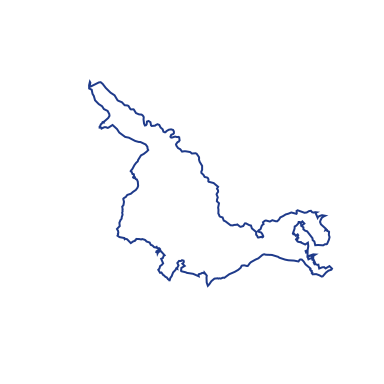 Risca, Cluj, Romania, rotated 229°
{"feature_id": "2599482B15866458666366", "entity_name": "Risca", "entity_type": "district", "adm_level": 2, "iso_a3": "ROU", "parent_name": "Romania", "parent_adm1": "Cluj", "projection": "mercator", "projection_center": [23.11, 46.713], "detail": "fine", "context": "isolated", "style": "outline", "palette": "blue", "viewbox_px": 384, "rotation_deg": 229, "n_neighbors": 0, "source": "geoboundaries", "source_scale": "gbopen_adm2", "svg_char_len": 6028}
<svg xmlns="http://www.w3.org/2000/svg" viewBox="0 0 384 384"><g transform="rotate(229 192 192)"><path d="M94.8,272.8L96.0,271.7L96.6,270.4L97.9,269.4L99.8,269.4L100.8,267.8L101.3,265.1L102.5,263.3L108.9,259.7L109.1,258.5L107.2,257.1L107.0,256.5L111.4,253.5L112.4,250.5L113.6,248.0L114.1,244.8L114.9,242.0L114.1,239.4L114.0,237.1L115.0,236.0L118.0,234.1L118.6,231.4L122.0,229.1L122.5,228.0L122.6,225.7L120.8,224.9L121.0,223.8L120.7,222.3L119.1,219.6L119.0,218.8L119.4,217.4L119.2,216.1L118.7,216.0L116.1,217.6L114.4,217.5L111.9,216.8L111.5,216.2L111.7,215.2L112.6,215.0L114.1,212.2L114.5,211.9L116.1,212.4L117.7,212.4L119.8,214.2L125.2,213.3L128.0,214.5L129.4,213.5L133.0,212.1L133.6,211.3L132.7,208.3L133.8,205.9L134.5,205.5L137.8,204.9L138.1,204.0L139.5,202.2L140.0,200.9L141.6,199.3L147.9,198.0L149.6,197.2L152.7,198.4L155.0,197.0L156.2,197.0L157.3,197.6L158.4,197.7L161.2,200.3L163.1,201.5L165.8,205.0L168.7,204.7L170.0,206.1L171.0,207.9L174.1,209.0L174.5,209.7L175.0,211.8L176.3,212.8L178.1,213.0L178.8,215.1L184.6,214.2L188.8,211.3L189.5,211.4L190.7,212.7L191.9,213.1L193.0,212.9L195.1,211.4L197.4,211.9L200.2,211.6L201.2,212.3L202.1,214.2L205.1,216.8L209.8,217.6L212.0,218.6L213.0,219.7L214.0,220.2L217.8,220.6L218.9,220.1L221.1,217.2L223.4,216.8L226.8,214.0L227.9,212.8L229.0,211.0L232.0,211.2L234.3,210.3L237.2,210.6L238.5,211.2L239.1,213.7L239.0,214.4L238.7,214.9L239.1,216.5L241.7,218.2L242.5,217.9L243.2,216.8L244.9,215.6L246.3,212.4L247.2,211.8L247.9,212.0L248.8,213.9L248.1,215.9L248.3,217.0L249.7,218.1L251.3,218.4L253.0,217.3L254.2,215.4L254.7,212.7L254.5,211.2L255.1,210.5L256.3,210.0L258.6,211.0L261.3,210.6L264.1,211.3L265.8,210.4L266.3,208.5L266.3,207.6L268.3,204.9L269.2,204.8L271.9,206.4L274.1,205.8L274.7,204.2L272.8,202.1L272.6,201.0L273.1,200.1L275.1,200.7L278.8,203.2L279.7,204.3L280.7,204.9L282.3,205.0L283.5,204.7L285.4,202.9L288.3,201.5L292.4,202.2L292.9,202.0L294.4,200.1L295.1,199.9L298.7,200.5L299.7,200.0L301.7,198.1L305.7,198.0L309.3,196.2L310.2,196.0L315.8,197.0L320.4,195.7L327.1,195.2L332.2,195.5L334.8,195.1L335.8,193.6L338.1,184.6L338.6,184.2L339.2,184.5L341.2,187.0L342.1,187.2L340.1,184.4L337.6,182.3L335.0,183.4L331.3,181.3L328.9,180.9L324.8,179.0L319.5,179.3L315.7,180.4L312.4,179.9L308.6,181.5L305.1,180.7L303.6,179.7L302.8,177.3L302.8,171.9L303.2,170.9L302.4,170.8L303.1,169.7L302.8,168.6L302.9,167.6L302.0,165.9L301.9,165.1L301.2,164.5L300.0,165.8L299.2,165.4L298.4,168.4L297.3,169.6L295.8,170.3L295.4,171.1L294.7,176.0L288.7,176.7L284.6,176.1L277.4,177.7L274.4,180.0L267.8,182.6L264.9,184.5L263.5,185.9L258.3,188.2L255.5,188.0L253.7,186.8L252.4,186.5L252.2,184.6L252.4,180.5L253.1,177.5L251.5,172.3L250.7,171.1L250.7,169.1L250.1,166.3L248.5,162.1L248.1,159.6L247.8,159.3L247.0,159.7L244.6,158.9L243.8,159.7L243.3,159.6L242.1,158.7L242.0,157.8L241.6,157.1L240.6,157.4L240.4,158.5L238.7,158.0L237.6,158.6L235.4,157.9L232.0,155.4L231.0,153.7L230.4,151.0L230.8,147.5L230.8,144.7L232.1,141.6L232.2,140.6L231.7,139.1L232.1,136.3L231.9,135.6L229.2,134.2L227.1,131.7L226.7,129.7L224.3,128.2L224.1,127.7L223.0,127.0L222.2,125.7L220.4,124.7L219.1,122.4L218.3,121.7L217.8,120.7L217.8,119.8L216.4,117.0L213.7,115.1L213.3,111.1L211.2,110.7L209.5,109.6L209.1,108.7L208.5,108.4L207.9,107.1L205.5,107.7L201.7,110.7L200.7,110.3L200.7,110.8L198.9,112.0L193.6,112.3L193.3,115.2L192.6,116.8L192.9,117.1L192.7,118.1L193.1,119.2L190.9,121.5L189.5,122.5L189.2,123.5L187.4,124.7L186.3,125.2L184.5,125.2L181.6,126.9L179.2,126.2L177.5,127.1L175.2,127.2L174.0,128.1L173.8,129.3L172.5,128.9L171.0,130.4L170.0,130.4L170.5,126.2L170.0,125.6L169.1,126.3L168.2,125.7L168.8,127.1L168.3,128.4L168.3,129.3L168.8,129.7L162.2,129.8L162.4,128.6L161.3,126.7L161.8,124.9L157.1,123.4L156.8,121.5L157.0,119.3L155.6,117.2L155.4,115.5L151.9,114.9L151.3,116.1L148.1,115.8L147.7,116.1L145.3,116.3L144.1,116.9L141.9,116.7L141.1,117.2L140.3,116.9L140.0,117.2L141.5,119.6L141.7,121.2L143.7,125.0L144.0,128.3L144.7,130.1L143.7,130.5L144.4,130.9L145.5,133.7L148.0,134.3L148.5,137.0L147.2,138.3L147.1,139.7L145.7,140.6L144.6,140.0L144.1,138.7L144.2,137.7L141.0,138.0L141.7,134.2L139.7,132.0L139.0,132.1L135.5,134.6L134.3,135.1L129.6,139.1L124.0,141.8L125.2,142.5L125.5,143.2L124.5,145.3L124.3,146.5L123.5,147.4L122.7,147.8L123.2,148.5L119.2,148.3L117.9,146.8L114.0,143.7L110.8,142.4L111.0,144.4L112.0,148.1L111.9,152.1L110.0,154.8L109.4,155.0L108.9,156.0L107.8,156.9L107.0,159.3L106.0,160.1L105.5,166.2L103.7,171.8L102.9,175.9L102.9,179.0L103.7,180.9L103.7,181.4L102.4,183.3L100.0,185.0L99.6,185.7L100.3,188.8L100.4,190.4L99.3,195.7L98.4,198.5L98.3,204.0L97.7,205.6L96.2,206.6L92.1,211.0L86.5,214.5L85.1,214.8L79.9,217.9L77.3,219.9L73.3,224.0L69.7,226.8L70.2,228.7L70.1,229.4L69.0,230.5L66.4,230.7L62.9,230.2L56.5,231.2L55.9,230.2L54.1,230.6L54.0,230.1L52.3,230.0L52.2,229.2L50.7,229.1L48.5,231.9L45.8,233.4L43.1,234.4L42.6,235.3L43.3,240.4L43.1,243.4L41.9,246.2L42.3,247.4L45.9,247.1L46.7,242.7L48.6,242.4L49.7,240.9L50.8,237.8L54.1,239.6L54.2,239.2L56.2,238.0L56.8,238.0L57.1,237.1L58.7,237.5L58.4,238.6L59.4,238.9L59.8,239.0L59.9,238.6L61.3,238.8L61.3,239.4L61.9,239.5L62.1,238.6L62.9,239.0L62.6,240.1L62.8,240.3L63.0,239.3L64.3,237.6L64.8,235.7L67.4,236.8L65.9,240.2L64.5,240.0L63.8,244.2L65.4,242.6L67.6,236.9L70.9,239.9L71.4,238.4L72.9,239.0L72.3,241.2L74.8,244.2L77.7,246.2L78.1,243.0L82.4,241.1L82.8,241.3L83.8,240.1L85.3,239.2L88.0,239.4L88.3,240.8L87.5,241.0L87.8,241.4L87.7,242.2L89.4,242.6L89.7,243.8L90.7,243.9L90.9,241.6L93.6,241.7L93.7,240.8L94.5,240.9L97.0,245.3L98.6,246.9L98.2,248.6L98.5,251.5L99.4,252.8L98.6,253.7L96.7,253.3L97.3,254.3L97.4,256.0L94.5,256.1L94.7,252.3L92.2,252.9L90.8,251.6L88.6,252.0L86.8,253.1L78.1,252.6L76.5,251.5L74.4,251.9L71.0,250.1L69.3,252.4L65.7,256.0L65.3,258.2L64.4,259.1L64.2,259.9L66.2,264.1L67.7,266.2L69.9,267.2L72.0,269.3L72.6,269.3L73.8,268.5L74.9,269.0L75.4,268.7L75.7,267.6L76.5,268.9L83.0,268.1L85.4,269.0L86.2,270.2L87.4,273.0L87.2,275.1L86.7,276.9L89.2,274.9L90.3,272.2L90.4,270.6L90.1,269.9L95.1,271.5L94.8,272.8Z" fill="none" stroke="#1e3a8a" stroke-width="2"/></g></svg>